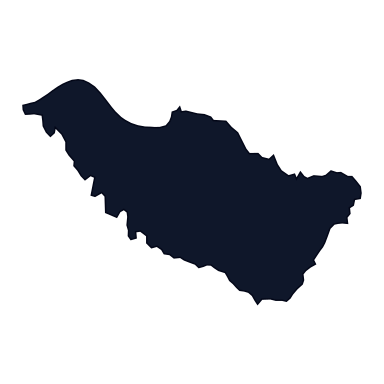 Caiçara, Rio Grande do Sul, Brazil
{"feature_id": "56859067B15566329733974", "entity_name": "Caiçara", "entity_type": "district", "adm_level": 2, "iso_a3": "BRA", "parent_name": "Brazil", "parent_adm1": "Rio Grande do Sul", "projection": "mercator", "projection_center": [-53.474, -27.247], "detail": "fine", "context": "isolated", "style": "filled", "palette": "ink", "viewbox_px": 384, "rotation_deg": 0, "n_neighbors": 0, "source": "geoboundaries", "source_scale": "gbopen_adm2", "svg_char_len": 2106}
<svg xmlns="http://www.w3.org/2000/svg" viewBox="0 0 384 384"><path d="M23.0,105.4L23.3,109.8L25.4,114.2L29.9,114.0L34.1,113.6L42.2,115.1L42.9,120.5L43.3,126.0L46.4,132.1L50.4,136.3L54.2,132.8L55.2,127.4L61.9,134.1L66.0,141.9L66.0,150.1L69.2,155.2L74.4,161.1L74.0,165.8L77.9,170.3L81.2,175.7L85.0,179.7L90.5,175.4L94.8,177.3L91.3,195.2L95.0,196.3L101.7,192.5L105.2,196.3L105.7,212.5L116.7,217.2L119.9,211.6L123.9,209.4L127.3,212.1L127.9,216.9L127.1,225.1L128.6,230.3L128.4,235.9L130.9,239.5L136.1,238.0L135.6,231.7L140.4,231.0L146.8,235.9L146.8,243.0L151.5,247.7L156.9,246.2L161.7,249.5L164.2,253.7L169.7,254.5L174.0,257.9L180.3,257.3L184.2,259.9L189.1,261.8L195.3,264.1L198.8,267.5L203.2,266.3L206.8,264.8L211.1,265.0L214.4,267.6L218.6,270.4L225.3,272.5L227.8,276.8L229.7,280.5L233.2,283.5L236.6,287.3L239.7,290.3L244.2,290.9L248.6,292.2L252.4,295.5L255.0,300.2L257.6,304.2L261.9,299.1L270.3,298.8L275.9,300.2L282.2,300.2L286.4,301.2L290.0,298.1L292.5,294.1L297.0,288.8L302.2,284.1L303.5,280.1L302.8,274.1L305.6,270.6L310.4,266.9L315.4,264.1L313.4,260.0L316.6,255.1L319.7,250.5L322.5,246.8L324.6,242.8L327.1,236.2L329.9,228.4L334.2,224.0L338.1,223.2L342.3,222.8L347.5,223.3L346.8,217.4L349.9,213.6L349.3,207.8L353.3,205.2L354.5,199.4L360.2,198.4L361.0,193.1L360.2,186.7L355.8,181.1L351.9,176.6L347.7,176.6L340.8,172.6L336.8,172.9L331.0,171.0L326.0,175.4L322.1,176.6L313.8,175.9L307.4,178.5L303.9,176.6L300.4,172.1L296.5,179.0L294.5,174.2L288.5,175.9L281.2,170.8L277.2,164.6L273.5,155.3L269.1,159.4L261.9,157.6L258.0,153.6L249.4,153.7L245.8,149.1L237.6,132.8L231.2,127.4L225.9,121.3L217.3,120.8L213.4,120.6L210.7,117.1L204.3,114.7L197.2,114.0L185.9,111.2L181.3,111.9L179.7,107.0L176.9,110.5L172.3,112.1L171.5,117.1L169.8,121.5L166.1,125.9L159.8,127.6L154.6,127.7L150.7,127.4L144.9,127.2L137.7,125.9L130.9,123.6L124.8,120.3L120.8,117.5L115.0,111.9L111.4,107.6L105.2,99.5L100.2,93.1L94.6,87.1L88.8,83.1L83.2,80.5L78.1,79.8L72.1,80.5L67.1,82.4L62.9,84.3L58.1,87.1L52.7,90.8L48.1,94.3L43.8,97.1L39.4,100.0L35.0,102.5L30.8,103.4L26.9,104.5L23.0,105.4Z" fill="#0f172a" stroke="#020617" stroke-width="1.5"/></svg>